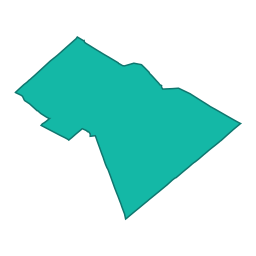 outline of Kārsava, Karsavas, Latvia
{"feature_id": "27541924B33018865841873", "entity_name": "Kārsava", "entity_type": "district", "adm_level": 2, "iso_a3": "LVA", "parent_name": "Latvia", "parent_adm1": "Karsavas", "projection": "robinson", "projection_center": [27.68, 56.785], "detail": "fine", "context": "isolated", "style": "filled", "palette": "teal", "viewbox_px": 256, "rotation_deg": 0, "n_neighbors": 0, "source": "geoboundaries", "source_scale": "gbopen_adm2", "svg_char_len": 1949}
<svg xmlns="http://www.w3.org/2000/svg" viewBox="0 0 256 256"><path d="M77.3,37.0L76.1,38.7L66.7,47.0L57.3,55.4L50.5,60.8L42.8,67.9L35.1,75.0L34.1,75.9L31.7,78.0L30.1,79.5L29.3,80.0L27.0,82.2L24.3,84.3L24.0,84.5L19.4,88.7L15.5,92.3L15.4,92.5L21.0,95.2L22.5,96.3L24.3,100.1L24.8,100.7L29.4,103.7L29.9,104.1L30.3,104.5L37.1,110.7L37.7,110.7L39.1,112.0L40.8,113.5L46.1,116.9L49.2,118.6L49.4,118.6L46.8,120.8L45.8,121.6L44.1,122.8L42.3,123.9L41.1,125.4L41.3,125.5L49.3,129.7L54.1,132.2L60.2,135.4L65.1,137.8L68.0,139.4L68.7,140.0L68.8,140.1L70.2,138.9L71.7,137.7L75.9,134.0L82.3,128.7L86.1,130.4L86.6,130.8L87.7,131.7L88.0,131.5L89.1,132.3L90.2,133.8L90.2,136.3L95.2,135.7L95.7,136.7L97.6,142.2L98.3,144.1L99.7,147.9L101.8,153.9L103.2,157.5L103.9,159.7L105.5,164.3L106.9,167.6L108.0,169.5L110.6,176.5L114.6,187.7L116.9,193.6L118.0,196.3L119.8,201.1L120.6,203.1L121.3,205.1L121.6,206.1L123.5,211.2L124.5,213.8L125.6,219.0L126.6,218.3L129.9,215.5L134.6,211.6L142.0,205.5L144.9,203.1L147.5,201.0L148.7,199.9L155.7,194.2L159.4,191.2L167.6,184.4L172.4,180.0L174.9,178.1L176.0,177.7L177.6,176.4L179.6,174.7L181.2,173.3L183.2,171.6L186.6,168.8L188.8,167.0L191.7,164.4L193.8,162.7L195.6,161.5L197.2,160.2L198.7,159.0L200.0,157.9L203.9,154.5L204.9,153.7L209.1,150.1L211.2,148.4L214.4,145.9L219.1,142.1L220.2,141.1L221.1,140.5L227.2,135.0L232.5,130.3L232.9,129.9L240.6,123.5L240.1,123.3L236.5,121.4L227.8,116.5L217.9,110.8L210.0,106.4L209.0,105.7L208.9,105.6L197.9,98.7L189.9,93.6L189.4,93.4L178.5,88.2L172.8,88.6L164.5,89.0L163.7,89.0L162.8,89.1L162.7,89.0L161.6,87.3L161.5,86.3L161.6,85.6L160.7,85.1L159.9,84.8L158.7,83.2L156.1,80.4L155.5,79.7L152.7,76.6L151.1,74.9L149.6,73.5L149.1,72.3L148.6,71.8L144.6,67.7L141.6,64.8L141.2,64.6L133.8,63.2L124.5,65.9L124.3,65.9L122.7,65.7L119.2,63.7L118.6,63.5L118.2,62.8L111.0,58.5L103.8,54.3L96.2,49.7L85.4,43.0L84.5,42.1L84.2,41.2L84.1,40.6L83.7,40.8L77.3,37.0Z" fill="#14b8a6" stroke="#0f766e" stroke-width="1.5"/></svg>